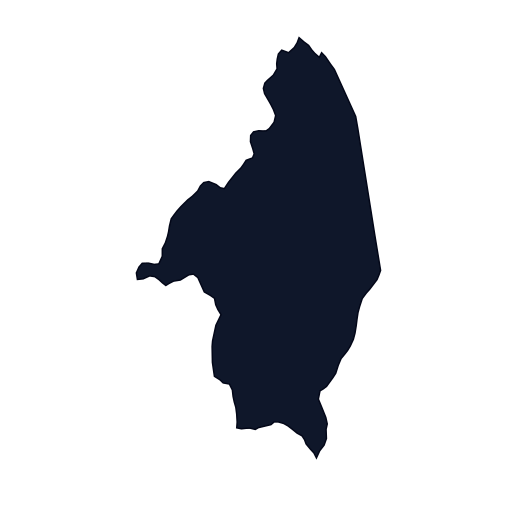 the district of Central do Maranhão, Maranhão, Brazil, rotated 171°
{"feature_id": "56859067B32217682416213", "entity_name": "Central do Maranhão", "entity_type": "district", "adm_level": 2, "iso_a3": "BRA", "parent_name": "Brazil", "parent_adm1": "Maranhão", "projection": "equal_earth", "projection_center": [-44.838, -2.255], "detail": "fine", "context": "isolated", "style": "filled", "palette": "ink", "viewbox_px": 512, "rotation_deg": 171, "n_neighbors": 0, "source": "geoboundaries", "source_scale": "gbopen_adm2", "svg_char_len": 2040}
<svg xmlns="http://www.w3.org/2000/svg" viewBox="0 0 512 512"><g transform="rotate(171 256 256)"><path d="M347.4,277.8L348.6,270.4L353.2,263.4L357.8,263.6L363.4,265.8L369.5,266.6L373.3,263.4L376.8,258.0L376.8,251.4L371.0,251.1L364.1,253.0L359.1,251.4L355.4,247.7L352.6,244.1L349.7,241.0L346.2,242.5L341.3,244.1L334.5,244.1L325.3,247.9L320.6,247.9L316.8,243.8L315.1,237.5L312.7,228.6L307.2,224.2L303.6,220.7L303.4,214.2L302.0,209.1L299.7,203.5L306.4,193.9L312.2,178.9L313.5,173.5L315.7,157.8L315.9,143.7L311.0,139.4L308.3,135.8L302.3,133.7L300.3,127.4L300.6,120.9L300.3,115.2L299.6,109.7L299.8,102.8L300.6,94.9L301.9,89.3L297.4,87.6L292.6,87.4L288.8,86.9L283.8,84.8L280.5,86.1L267.6,87.1L264.0,89.3L259.9,88.6L254.9,86.3L251.0,83.2L247.2,79.2L243.1,74.6L238.7,71.2L236.8,67.0L235.9,62.5L232.4,56.6L229.6,52.4L227.9,47.1L223.6,53.6L218.3,58.6L215.0,64.7L213.9,73.9L211.9,79.0L212.3,85.6L214.6,95.7L216.8,104.9L213.9,112.8L210.4,114.2L206.7,116.2L199.1,123.8L195.6,127.7L191.8,135.3L188.0,141.4L183.7,145.2L180.3,148.4L177.0,152.3L172.9,158.4L170.3,164.3L168.0,171.3L166.0,178.2L164.1,184.2L161.6,189.8L157.7,197.4L152.8,202.2L149.0,205.3L140.2,213.7L137.6,217.9L135.2,222.3L135.4,260.3L135.4,267.6L135.4,282.3L135.5,353.2L135.5,366.0L135.7,378.2L149.4,428.0L152.5,434.0L156.2,441.9L159.4,446.5L162.4,442.3L166.3,447.0L168.7,450.8L171.1,455.8L175.4,460.2L179.3,464.9L182.0,460.1L185.6,455.9L192.0,451.7L198.4,455.3L202.3,452.0L204.2,447.2L205.5,442.6L205.9,437.6L210.6,431.9L217.2,427.7L220.2,425.4L222.5,420.4L222.1,415.0L219.3,407.8L217.6,403.3L215.9,398.0L214.6,391.7L217.2,385.3L222.9,379.8L226.4,378.0L230.1,378.5L233.7,379.3L239.0,379.0L242.4,375.9L243.6,369.8L242.4,362.5L241.8,357.2L244.1,353.4L250.7,352.1L254.3,348.1L257.1,345.3L262.9,341.1L271.6,333.1L276.7,327.5L280.7,329.0L284.2,332.8L291.0,336.9L296.1,336.7L300.0,333.8L303.4,329.3L309.6,324.9L314.5,322.2L322.3,316.6L326.6,313.1L330.1,309.8L333.9,306.0L336.7,299.3L338.6,293.5L340.3,289.3L343.5,283.1L347.4,277.8Z" fill="#0f172a" stroke="#020617" stroke-width="1.5"/></g></svg>